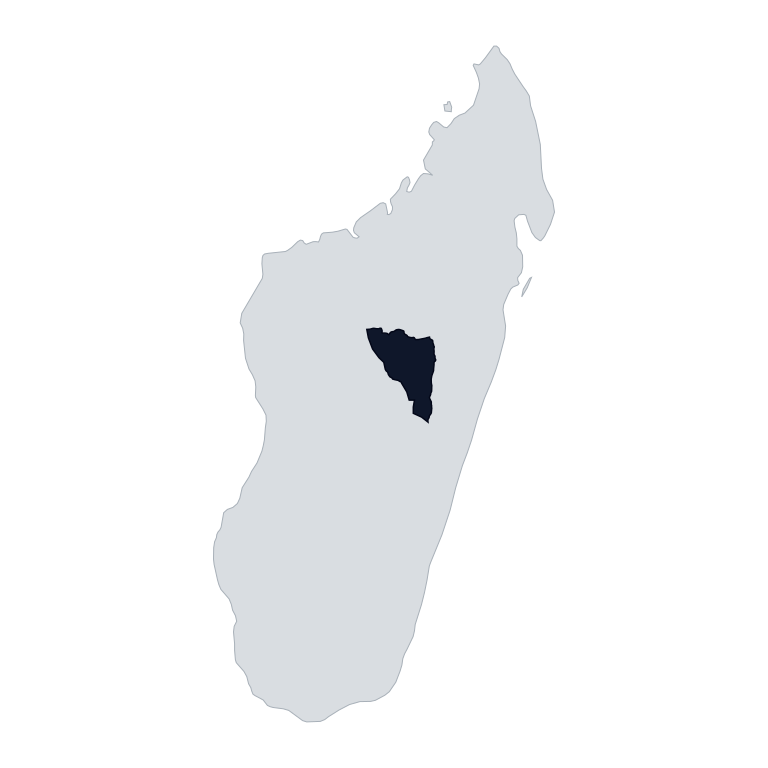 Analamanga on a map of Madagascar (orthographic projection)
{"feature_id": "MDG-5862", "entity_name": "Analamanga", "entity_type": "Autonomous Province", "adm_level": 1, "iso_a3": "MDG", "parent_name": "Madagascar", "parent_adm1": "", "projection": "orthographic", "projection_center": [47.602, -18.658], "detail": "fine", "context": "in_parent", "style": "filled", "palette": "ink", "viewbox_px": 768, "rotation_deg": 0, "n_neighbors": 0, "source": "natural_earth", "source_scale": "10m", "svg_char_len": 5646}
<svg xmlns="http://www.w3.org/2000/svg" viewBox="0 0 768 768"><path d="M510.0,63.8L512.2,69.1L514.8,74.1L522.9,86.3L526.3,91.0L529.3,96.0L530.6,105.9L535.6,121.4L540.3,144.5L541.5,168.3L542.9,179.2L546.6,189.5L552.6,200.3L554.5,212.1L550.5,224.3L544.9,235.7L543.5,237.8L540.9,240.7L539.7,240.6L535.4,237.5L531.9,232.6L527.5,221.1L525.9,215.3L524.0,214.4L518.7,214.8L514.8,218.4L514.1,220.7L514.9,227.1L516.3,232.9L516.9,238.8L516.9,246.2L518.3,248.5L520.4,250.4L522.5,255.3L522.7,266.9L521.4,272.7L517.6,277.7L517.8,280.4L519.1,283.3L517.8,285.0L512.8,287.1L510.8,289.0L508.1,294.1L503.7,304.5L503.0,309.8L505.6,326.0L504.7,337.5L499.0,359.4L495.8,369.8L491.2,382.2L484.3,398.6L477.4,419.1L471.5,440.3L467.2,453.0L462.4,465.6L455.7,487.7L450.1,510.2L441.9,534.9L430.6,562.5L429.3,566.1L427.0,580.2L424.5,592.4L421.5,604.5L415.2,624.5L414.5,630.7L413.1,636.6L407.1,649.1L404.6,653.8L402.8,658.7L401.9,665.0L400.1,671.0L395.8,682.2L389.3,691.7L384.9,695.2L375.4,700.3L370.6,701.4L359.9,701.6L349.6,704.5L338.9,710.1L328.6,716.6L324.7,719.6L320.3,721.4L306.7,721.9L302.6,720.6L288.7,710.4L283.3,708.8L273.2,707.5L270.2,706.7L267.4,705.4L263.2,700.0L255.0,695.6L253.0,694.2L251.7,691.0L250.8,687.6L248.6,683.8L246.8,676.6L244.0,671.5L236.3,662.7L235.4,659.8L234.6,650.3L234.6,643.8L233.5,631.9L234.2,626.3L236.7,621.3L235.5,615.8L232.6,610.2L231.3,604.3L229.1,598.9L220.9,589.4L218.9,584.7L217.5,579.8L214.1,564.4L213.5,559.0L213.7,547.7L214.6,541.8L216.4,537.7L216.8,534.6L218.0,532.0L219.9,529.8L221.1,527.3L223.7,512.7L227.4,509.4L232.9,507.4L237.4,503.5L239.8,498.3L242.2,487.7L249.0,477.0L251.5,471.5L257.0,463.0L261.9,451.2L263.3,445.6L264.4,439.9L265.4,427.5L266.3,421.3L266.0,415.1L262.9,408.9L255.7,397.6L255.4,395.4L255.8,386.9L255.1,380.8L252.4,374.7L249.0,369.0L245.5,358.3L243.6,340.5L243.8,334.0L242.7,328.3L240.2,322.9L241.8,313.3L262.3,278.4L262.9,274.3L261.9,263.8L262.3,257.6L263.0,255.4L264.6,254.0L268.2,253.3L285.4,251.5L287.6,250.4L291.8,247.4L297.7,241.7L300.4,240.1L302.7,240.6L304.2,243.0L306.2,244.3L313.1,241.7L315.8,241.6L318.5,242.0L319.7,239.6L320.5,236.5L321.5,234.2L323.3,232.9L332.3,232.2L338.0,231.2L345.4,229.0L347.0,229.4L353.0,237.2L354.8,237.9L357.1,238.2L359.1,236.8L354.3,232.7L353.5,230.3L353.8,227.7L356.3,221.9L360.6,217.6L370.3,210.9L380.3,203.3L383.2,202.7L385.7,203.9L387.6,212.9L387.3,214.4L388.9,214.6L390.8,213.5L392.4,209.8L392.5,206.8L391.2,203.9L390.5,201.5L390.4,199.2L395.5,193.9L399.5,188.8L401.4,182.8L403.0,180.0L407.2,176.8L408.5,177.3L409.5,179.9L410.0,182.6L408.9,185.3L407.4,187.9L406.7,191.5L409.1,192.2L411.4,191.3L414.7,184.9L418.4,178.8L420.7,175.7L423.5,173.5L428.2,173.9L432.7,175.3L425.3,168.9L423.5,160.1L432.3,145.0L432.4,141.9L433.7,140.9L434.3,139.7L429.7,134.6L428.8,132.0L429.5,128.2L431.7,124.8L433.7,122.4L436.5,121.5L438.7,122.8L443.7,127.0L447.0,127.7L451.0,123.6L454.3,118.6L459.3,115.2L464.9,113.1L473.5,105.2L479.1,88.7L479.6,83.9L478.4,78.0L476.4,72.4L473.2,65.4L474.0,63.9L478.7,64.9L480.3,63.9L485.4,57.8L493.9,46.1L496.6,46.1L499.0,48.3L499.9,51.6L501.5,54.0L507.2,59.6L510.0,63.8ZM451.3,109.9L451.3,111.7L444.9,111.0L443.9,104.7L447.1,104.5L447.7,101.9L449.7,101.6L451.7,107.2L451.3,109.9ZM527.2,287.8L521.7,296.9L523.3,289.3L529.7,278.3L531.5,277.4L527.2,287.8Z" fill="#d9dde1" stroke="#a8b0b8" stroke-width="1"/><path d="M380.8,328.2L381.1,328.3L381.4,328.7L382.0,330.3L382.1,330.8L382.1,331.4L381.9,332.5L382.1,332.9L382.6,333.1L385.1,333.1L386.5,333.3L387.5,333.6L387.9,334.0L388.5,334.7L389.0,334.6L389.3,334.2L389.8,333.3L390.1,332.9L390.8,332.2L391.2,332.0L391.8,331.8L393.6,331.5L394.1,331.4L395.7,330.2L396.2,329.9L396.9,329.7L398.1,329.5L399.2,329.5L400.5,329.8L402.5,330.5L403.5,330.9L403.9,331.3L403.9,331.7L403.9,332.1L404.0,332.6L404.4,333.6L404.7,334.0L405.0,334.3L406.4,335.0L406.8,335.3L407.2,335.7L407.4,336.2L407.8,336.7L408.6,337.0L409.9,337.4L411.9,337.7L413.5,337.4L414.2,337.7L414.5,338.1L415.1,339.1L415.5,339.5L416.7,339.6L418.6,339.5L425.4,338.2L426.8,337.7L429.5,337.1L429.7,338.2L429.8,338.4L429.9,338.7L430.1,338.9L430.8,339.3L431.0,339.4L431.4,339.7L432.1,340.0L432.4,340.2L432.5,340.3L432.6,340.5L432.7,340.8L432.9,343.0L433.0,343.3L433.3,344.0L433.5,344.5L433.7,345.6L433.9,346.1L434.2,346.6L434.2,346.9L434.2,347.2L434.1,347.6L433.9,348.1L433.9,348.7L433.9,349.7L434.0,350.5L434.1,350.8L434.0,353.9L434.0,354.3L434.2,354.7L434.9,355.9L435.0,356.3L435.0,357.7L435.0,358.2L435.1,358.5L435.5,359.2L435.6,359.4L435.7,359.7L435.7,360.0L435.6,360.4L435.4,360.8L435.2,361.1L434.4,361.7L434.2,362.1L434.1,362.3L434.0,362.6L434.0,363.0L434.0,364.8L433.6,369.0L433.6,369.6L433.6,370.3L433.4,371.2L431.8,375.7L431.2,379.1L431.3,382.9L431.5,384.1L431.8,385.5L431.8,385.8L431.7,387.5L431.7,388.7L431.6,391.1L431.5,391.6L431.3,392.1L431.1,392.4L430.9,392.8L430.8,393.1L430.7,393.4L430.7,394.0L430.6,394.5L430.4,395.2L429.6,396.8L429.5,397.1L429.5,397.6L429.6,398.2L429.7,398.6L431.2,401.7L431.3,401.9L431.3,402.3L431.3,403.8L431.3,404.3L431.4,404.7L431.6,405.4L431.6,407.2L431.8,408.2L431.7,408.8L431.4,412.1L431.3,412.9L431.1,413.2L431.0,413.6L430.1,414.9L429.5,415.6L429.4,415.9L429.3,416.2L429.2,416.9L429.1,417.4L428.8,418.1L428.1,419.2L428.0,419.6L427.9,420.0L427.9,421.2L428.0,422.1L421.6,417.1L413.3,413.3L413.3,407.0L414.5,400.1L409.2,400.1L406.8,391.9L401.7,383.3L401.1,381.9L399.7,381.4L398.2,380.4L394.9,379.7L392.7,379.1L391.8,377.8L389.9,376.8L388.4,374.6L387.7,372.2L386.1,370.8L385.3,369.3L383.8,362.3L379.0,357.7L372.6,349.0L368.4,337.9L366.8,329.4L370.0,329.2L372.8,328.4L373.6,328.3L374.6,328.4L376.3,328.7L378.3,328.8L378.9,328.7L379.7,328.3L380.3,328.3L380.8,328.2Z" fill="#0f172a" stroke="#020617" stroke-width="1.5"/></svg>